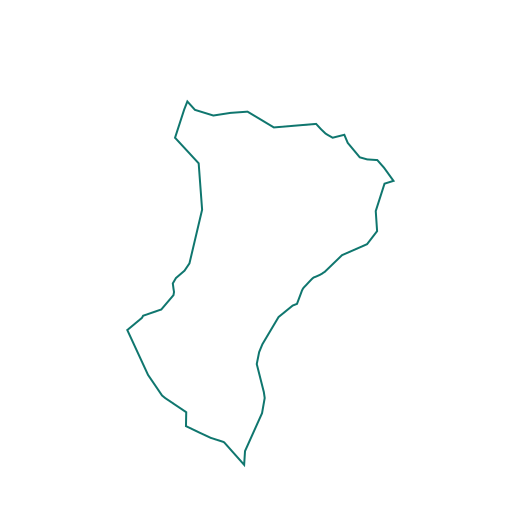 outline of Xu'reemaral, Bayanhongor, Mongolia, rotated 146°
{"feature_id": "93677404B17106990406632", "entity_name": "Xu'reemaral", "entity_type": "district", "adm_level": 2, "iso_a3": "MNG", "parent_name": "Mongolia", "parent_adm1": "Bayanhongor", "projection": "albers", "projection_center": [98.288, 46.477], "detail": "fine", "context": "isolated", "style": "outline", "palette": "teal", "viewbox_px": 512, "rotation_deg": 146, "n_neighbors": 0, "source": "geoboundaries", "source_scale": "gbopen_adm2", "svg_char_len": 1113}
<svg xmlns="http://www.w3.org/2000/svg" viewBox="0 0 512 512"><g transform="rotate(146 256 256)"><path d="M100.0,241.4L100.5,257.5L101.8,267.7L109.8,273.9L114.8,279.8L116.7,298.5L115.0,307.1L126.3,311.2L128.9,316.4L129.9,318.7L131.2,324.7L132.3,331.9L169.3,352.6L182.3,380.4L197.1,388.9L212.8,396.3L224.9,411.3L226.5,422.5L233.6,417.6L257.0,399.3L251.7,364.9L274.8,324.5L315.3,287.1L323.5,283.8L334.7,282.5L340.3,279.8L342.7,275.0L344.1,272.0L346.3,269.7L364.5,264.6L366.5,265.2L383.0,269.6L385.1,268.5L404.1,266.6L412.0,217.8L411.9,192.9L410.7,188.9L401.2,165.5L409.2,154.1L401.4,140.8L395.2,130.5L387.0,120.1L386.6,119.3L382.6,89.5L374.2,100.4L338.9,122.3L328.2,133.4L325.6,138.8L315.8,166.0L307.1,174.6L300.0,179.3L271.4,192.8L253.3,194.4L248.8,193.4L239.5,200.0L237.3,201.6L235.5,202.6L234.5,203.0L232.9,203.4L230.9,203.8L227.5,204.6L224.8,205.2L222.5,205.7L221.0,205.9L219.9,205.9L218.4,205.5L215.7,205.0L213.3,204.6L211.6,204.5L210.8,204.4L210.0,204.5L209.4,204.5L208.0,204.4L184.2,208.6L157.3,203.7L141.7,208.9L131.6,226.3L109.0,244.1L100.0,241.4Z" fill="none" stroke="#0f766e" stroke-width="2"/></g></svg>